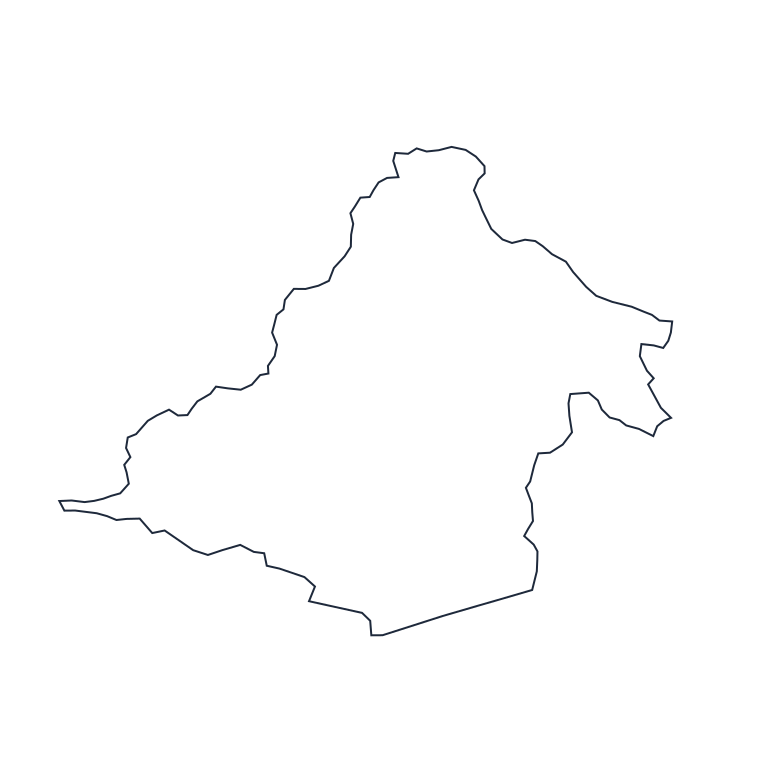 Divinolândia, São Paulo, Brazil, rotated 104°
{"feature_id": "56859067B36914756997745", "entity_name": "Divinolândia", "entity_type": "district", "adm_level": 2, "iso_a3": "BRA", "parent_name": "Brazil", "parent_adm1": "São Paulo", "projection": "robinson", "projection_center": [-46.706, -21.669], "detail": "fine", "context": "isolated", "style": "outline", "palette": "slate", "viewbox_px": 768, "rotation_deg": 104, "n_neighbors": 0, "source": "geoboundaries", "source_scale": "gbopen_adm2", "svg_char_len": 2049}
<svg xmlns="http://www.w3.org/2000/svg" viewBox="0 0 768 768"><g transform="rotate(104 384 384)"><path d="M612.9,404.2L611.4,349.9L617.1,340.1L630.9,335.5L628.1,324.6L594.9,270.9L576.7,239.7L566.8,222.6L548.0,190.4L528.8,190.4L517.6,192.7L509.3,194.6L503.6,199.9L497.6,211.2L489.7,209.1L480.9,206.3L472.6,209.1L464.0,211.7L456.9,216.7L450.4,221.2L443.2,218.6L426.5,218.6L414.0,217.5L410.5,206.3L399.5,195.9L385.4,189.9L370.1,196.4L358.1,200.3L348.7,200.8L342.9,183.2L348.2,172.5L356.1,166.5L361.9,157.0L362.1,146.8L365.6,139.0L365.9,125.8L369.4,110.1L358.9,108.7L352.2,103.8L347.4,97.3L340.1,109.6L329.2,119.6L320.5,127.6L313.2,123.7L307.5,132.1L295.1,142.5L283.0,143.9L281.3,131.6L281.5,121.8L273.3,118.6L264.7,118.1L253.6,119.5L255.8,132.1L252.1,140.8L251.0,149.4L249.1,162.4L249.1,182.3L247.1,199.4L240.8,211.4L229.6,227.6L221.3,237.1L217.4,252.4L211.9,263.3L208.7,271.8L209.9,282.1L216.2,293.9L215.1,304.0L207.6,317.4L197.4,326.0L191.5,330.9L183.4,336.4L174.3,343.6L162.6,341.8L155.3,337.3L148.3,339.2L141.1,349.9L137.1,361.4L137.6,375.8L143.9,387.4L148.1,398.9L147.5,409.3L154.8,416.3L157.1,429.0L165.3,429.0L179.8,420.0L183.3,430.9L189.7,438.0L198.5,441.1L206.0,443.1L208.9,452.0L218.9,455.2L226.4,457.9L236.1,452.6L247.1,452.0L258.8,449.4L269.6,453.1L283.5,460.7L297.2,462.4L304.5,471.4L310.8,483.2L313.5,494.5L326.4,500.5L335.9,499.6L342.9,504.9L352.6,504.9L361.2,505.0L371.8,497.3L383.4,496.8L394.5,501.0L401.8,498.7L405.3,506.3L416.6,512.1L424.2,521.6L426.0,534.4L427.2,546.4L435.5,550.1L446.0,560.9L454.5,564.6L461.7,567.2L464.4,576.3L460.9,586.4L469.4,596.8L476.9,604.3L492.6,612.4L497.9,619.7L508.5,618.8L516.3,612.4L525.3,616.5L532.0,612.4L542.5,607.5L553.9,613.5L558.5,621.6L563.2,628.6L567.5,636.9L571.0,645.9L572.6,658.9L576.1,670.7L584.2,663.5L581.5,653.1L578.9,631.5L579.2,620.7L580.7,610.7L577.2,601.2L573.7,588.5L584.7,572.8L579.2,561.4L591.4,529.0L592.5,513.5L584.2,500.5L574.9,484.6L578.4,469.7L577.2,459.3L588.7,453.8L588.4,440.8L590.6,414.5L597.2,402.0L612.9,404.2Z" fill="none" stroke="#1e293b" stroke-width="2"/></g></svg>